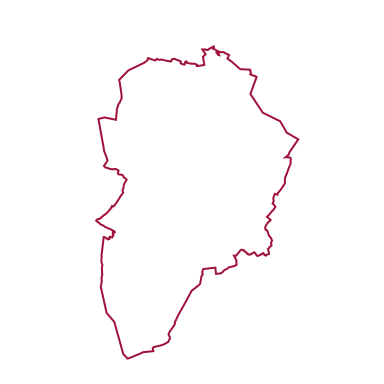 Bykle nor, Aust-Agder, Norway, rotated 343°
{"feature_id": "86288312B46813879091591", "entity_name": "Bykle nor", "entity_type": "district", "adm_level": 2, "iso_a3": "NOR", "parent_name": "Norway", "parent_adm1": "Aust-Agder", "projection": "mercator", "projection_center": [7.279, 59.427], "detail": "fine", "context": "isolated", "style": "outline", "palette": "rose", "viewbox_px": 384, "rotation_deg": 343, "n_neighbors": 0, "source": "geoboundaries", "source_scale": "gbopen_adm2", "svg_char_len": 5836}
<svg xmlns="http://www.w3.org/2000/svg" viewBox="0 0 384 384"><g transform="rotate(343 192 192)"><path d="M287.4,100.8L286.3,99.8L286.0,99.3L284.2,98.3L283.5,97.6L282.8,97.2L282.7,96.9L282.1,96.4L282.3,96.1L283.2,95.1L283.3,94.8L283.3,93.8L283.0,93.0L283.3,92.8L283.4,92.2L282.0,91.5L274.4,88.8L274.1,88.6L273.2,87.4L270.7,83.1L267.2,77.7L265.7,75.9L264.9,74.8L267.5,71.9L266.8,71.3L266.0,70.4L265.4,70.0L264.9,69.3L264.4,69.0L263.6,68.2L263.5,67.8L261.9,66.9L260.7,66.9L259.8,66.4L259.3,66.3L259.1,65.8L258.7,65.8L257.8,66.8L257.7,67.1L258.1,68.8L258.1,69.1L257.0,68.3L257.0,68.2L257.2,68.3L257.2,68.1L256.7,67.4L256.7,67.2L256.5,66.4L256.6,66.1L256.7,65.9L256.4,65.7L256.7,65.5L256.7,65.3L257.1,65.2L257.1,64.9L257.2,64.7L257.6,64.8L257.7,64.6L256.8,64.1L256.3,63.1L255.8,62.5L255.0,62.1L254.1,61.1L254.5,60.8L255.3,59.9L255.4,59.2L253.9,59.3L253.7,59.3L252.9,59.7L251.8,59.9L251.6,59.8L251.1,60.0L250.6,59.9L249.3,60.6L248.5,60.8L247.6,60.3L246.9,60.3L246.7,60.0L246.6,59.7L246.4,59.5L243.6,58.7L244.0,60.1L244.1,60.6L245.3,64.3L242.0,65.9L240.9,74.1L234.9,73.3L233.7,73.0L233.5,72.9L233.8,72.6L234.2,71.9L234.1,71.7L233.2,71.2L232.6,70.5L231.7,70.0L228.6,69.0L228.4,69.0L227.6,68.3L226.9,68.1L225.6,67.4L224.9,66.7L224.9,66.0L225.0,65.6L224.8,65.4L224.3,65.4L223.3,65.9L223.1,66.4L223.1,67.0L222.7,67.5L222.1,68.0L221.7,67.8L219.7,66.6L219.5,66.4L219.6,66.2L218.9,65.8L218.8,65.5L218.9,65.1L219.0,64.6L219.4,64.0L219.4,63.8L218.8,63.3L218.6,63.0L217.1,61.9L216.6,61.7L215.0,60.2L214.1,59.5L212.8,59.2L211.8,59.3L211.2,59.6L210.7,60.6L210.1,60.6L209.7,61.0L204.2,58.0L202.4,56.8L201.0,56.3L199.5,56.1L197.8,55.0L197.6,54.4L197.2,54.4L196.0,55.3L195.2,55.4L190.4,52.1L189.7,51.4L189.0,51.1L187.9,53.0L184.3,54.4L166.7,57.1L155.1,63.5L154.9,66.2L153.2,77.6L152.2,81.7L148.6,85.7L147.3,86.6L144.3,91.1L140.4,100.7L130.0,95.1L123.9,94.8L122.4,107.2L122.1,109.9L122.0,110.5L120.6,122.6L120.0,126.9L120.0,127.5L120.2,130.1L120.5,137.2L117.0,140.1L116.9,140.2L115.4,141.3L115.8,142.1L116.9,143.7L118.1,144.2L118.6,144.6L118.8,144.7L119.5,145.4L121.6,146.6L124.3,147.5L124.7,147.4L125.4,147.6L125.6,147.8L126.2,148.0L127.7,149.6L127.8,149.9L128.0,150.1L127.9,150.4L127.4,150.9L127.0,151.5L126.9,151.7L126.7,152.1L126.6,152.6L126.6,153.0L127.0,153.5L127.8,154.1L129.7,154.9L130.7,155.7L130.8,156.1L131.0,157.7L131.1,157.9L131.0,158.0L131.8,158.7L131.9,159.2L132.9,160.6L133.1,161.0L132.9,161.5L130.4,163.5L129.3,164.8L128.8,165.6L127.7,167.9L127.5,168.2L127.5,168.4L126.9,168.8L126.3,169.7L126.0,170.8L126.0,172.2L125.9,172.6L125.6,172.9L123.1,174.6L119.1,178.1L113.6,182.5L113.1,182.7L112.4,182.7L111.5,181.9L110.9,182.7L110.7,183.0L110.6,183.4L110.0,183.5L109.3,184.0L109.2,184.3L108.9,184.4L108.6,184.7L108.1,184.9L104.7,187.1L102.9,187.7L102.5,188.1L101.1,188.5L100.4,188.5L100.2,188.8L98.8,189.4L97.4,189.9L96.8,190.4L95.1,190.7L94.8,190.5L93.2,190.5L92.8,190.7L92.0,191.4L92.0,191.6L92.0,191.9L93.0,193.0L93.5,193.3L93.8,193.9L93.9,194.2L94.3,194.7L94.8,195.5L95.1,196.3L97.1,197.9L97.2,198.2L97.9,198.7L98.5,199.8L103.6,204.2L105.4,206.1L105.5,206.3L106.2,206.7L106.4,207.3L106.4,208.0L106.0,208.1L104.4,207.4L104.2,207.9L104.2,208.3L104.4,208.4L104.5,208.7L104.5,208.9L104.3,209.3L104.0,209.3L103.7,209.5L103.8,210.0L104.1,210.3L103.4,211.2L102.3,212.1L101.0,211.3L100.8,210.9L99.6,211.1L99.4,211.3L99.4,212.7L99.1,212.8L98.5,212.6L98.0,212.7L97.4,212.6L97.2,212.1L97.0,211.8L96.6,211.5L96.5,211.2L96.4,210.9L95.2,209.6L94.4,209.2L86.9,226.3L86.7,227.4L85.2,231.2L85.1,232.0L84.9,233.3L84.9,235.6L84.6,236.7L83.8,237.6L81.8,245.4L80.3,247.7L79.9,250.0L78.1,254.3L77.1,255.6L75.0,282.7L79.7,293.5L78.9,326.8L81.7,332.5L83.6,332.5L96.0,331.3L98.3,330.9L108.5,332.9L108.7,329.9L109.1,329.5L110.7,329.1L117.6,329.6L121.1,329.4L125.2,328.5L127.9,325.8L128.4,324.4L128.1,322.9L127.9,321.9L128.1,320.9L129.8,319.1L136.0,314.3L136.8,313.5L137.3,312.4L137.4,311.7L142.8,305.8L154.7,294.4L162.0,287.1L162.3,286.8L162.3,286.6L170.9,283.2L172.9,282.2L176.6,275.0L177.1,274.9L177.7,274.5L178.1,274.0L178.1,273.7L178.4,273.2L178.2,272.8L178.1,272.3L178.4,271.3L178.8,270.9L179.1,270.3L179.8,269.5L180.2,269.3L180.3,269.0L192.2,271.2L191.0,277.3L196.1,278.3L196.5,278.0L198.6,277.1L199.4,276.5L200.3,276.1L201.1,275.9L202.1,276.0L204.7,275.0L206.1,274.8L208.4,275.1L210.0,275.0L210.5,275.2L213.4,274.7L213.6,273.8L213.7,272.4L214.5,270.9L214.0,267.7L213.7,266.3L213.5,265.2L214.5,265.6L215.5,265.8L216.1,265.3L216.5,265.3L217.0,264.9L218.0,264.1L219.1,263.5L220.5,262.4L221.7,261.8L222.5,261.6L223.1,261.8L223.9,262.8L224.7,262.9L224.7,263.0L224.7,263.3L224.8,264.0L225.5,264.6L225.9,265.5L226.4,266.0L226.5,266.2L226.4,266.5L226.8,267.1L227.1,267.2L227.2,267.3L227.0,267.5L228.4,268.8L229.2,268.8L229.6,268.7L230.0,268.8L230.3,268.4L230.5,268.3L231.4,268.5L233.8,267.8L234.3,268.4L234.5,268.9L234.8,269.5L234.7,269.7L235.3,271.4L235.6,272.0L235.9,272.4L239.5,272.1L239.9,271.7L240.6,271.8L242.2,271.2L242.4,271.2L242.6,271.5L242.6,272.5L242.8,273.2L243.0,273.5L243.6,273.5L243.8,273.9L244.0,274.4L245.0,273.9L246.0,273.9L247.1,273.6L247.6,273.7L247.8,272.2L247.9,271.7L248.0,268.7L249.2,268.2L249.7,267.5L251.3,267.0L252.4,266.4L252.7,263.6L254.3,262.1L254.2,260.6L254.2,259.2L253.3,257.4L252.8,256.1L252.7,250.8L252.0,250.4L251.7,249.9L251.4,249.7L251.3,248.8L251.5,247.5L252.3,246.5L252.6,245.9L255.9,243.2L258.7,242.1L259.0,241.8L256.8,238.1L256.4,237.7L259.2,236.3L261.4,234.8L262.1,234.1L264.4,233.1L267.5,230.5L266.3,227.5L265.7,226.6L267.6,224.4L267.6,223.1L268.2,221.1L270.8,218.0L272.9,219.5L273.9,218.0L277.9,215.5L283.5,210.8L284.0,208.5L285.2,205.5L288.3,201.8L291.7,197.2L294.0,194.5L294.7,193.4L295.4,191.1L296.2,189.2L296.3,188.2L294.0,186.8L291.6,186.2L295.5,184.5L296.6,182.7L309.0,172.7L299.9,162.9L297.0,150.0L295.8,149.0L282.9,136.9L276.5,115.3L286.3,102.4L287.4,100.8Z" fill="none" stroke="#9f1239" stroke-width="2"/></g></svg>